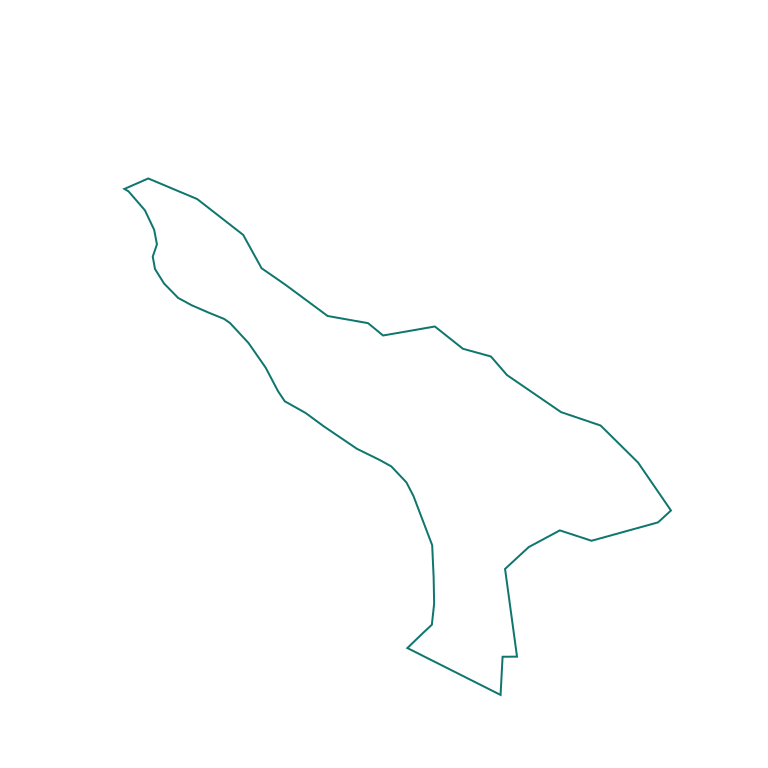 outline of Muzrabad, Surkhandarya, Uzbekistan, rotated 51°
{"feature_id": "79887680B13108405395902", "entity_name": "Muzrabad", "entity_type": "district", "adm_level": 2, "iso_a3": "UZB", "parent_name": "Uzbekistan", "parent_adm1": "Surkhandarya", "projection": "natural_earth1", "projection_center": [66.881, 37.423], "detail": "fine", "context": "isolated", "style": "outline", "palette": "teal", "viewbox_px": 768, "rotation_deg": 51, "n_neighbors": 0, "source": "geoboundaries", "source_scale": "gbopen_adm2", "svg_char_len": 833}
<svg xmlns="http://www.w3.org/2000/svg" viewBox="0 0 768 768"><g transform="rotate(51 384 384)"><path d="M679.6,452.2L603.9,406.3L601.8,374.2L608.4,339.5L636.4,321.4L664.0,258.1L662.9,240.6L605.0,236.0L552.6,241.8L517.3,264.1L454.5,282.8L429.9,283.6L406.3,300.5L371.3,308.3L345.7,354.2L326.7,358.1L295.7,385.0L244.7,398.2L217.0,406.3L179.5,399.6L122.7,412.8L75.9,437.9L69.0,463.0L73.5,461.3L98.6,460.5L119.6,465.6L132.6,472.6L139.5,483.6L141.2,484.5L150.5,489.6L167.5,491.7L187.6,489.8L201.6,484.0L218.7,475.1L232.8,467.3L239.8,465.3L266.9,463.5L296.9,465.7L323.0,470.9L335.0,472.0L357.1,463.2L379.2,457.4L417.4,445.8L440.5,435.1L452.6,430.2L474.6,428.5L489.6,431.6L539.6,448.0L565.5,467.1L586.3,483.3L601.2,498.3L602.1,511.3L603.9,532.0L699.0,489.1L670.6,463.5L679.6,452.2Z" fill="none" stroke="#0f766e" stroke-width="2"/></g></svg>